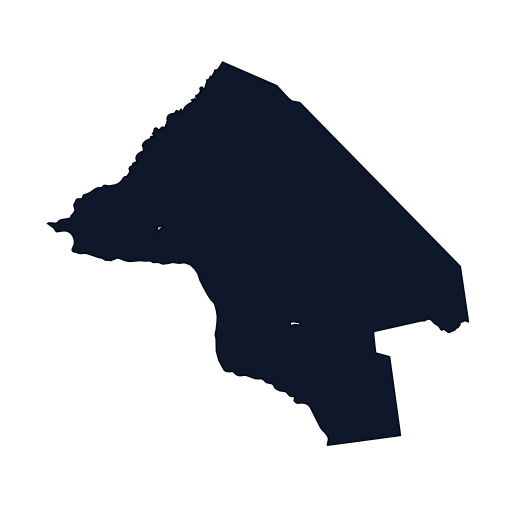 outline of Central, rotated 173°
{"feature_id": "BWA-2630", "entity_name": "Central", "entity_type": "District", "adm_level": 1, "iso_a3": "BWA", "parent_name": "Botswana", "parent_adm1": "", "projection": "albers", "projection_center": [27.183, -21.474], "detail": "fine", "context": "isolated", "style": "filled", "palette": "ink", "viewbox_px": 512, "rotation_deg": 173, "n_neighbors": 0, "source": "natural_earth", "source_scale": "10m", "svg_char_len": 5316}
<svg xmlns="http://www.w3.org/2000/svg" viewBox="0 0 512 512"><g transform="rotate(173 256 256)"><path d="M208.0,59.5L207.8,61.2L206.6,64.2L206.3,65.8L206.6,67.7L207.2,69.2L209.1,72.3L211.4,75.3L213.2,78.8L220.5,99.2L222.4,102.1L225.3,103.9L228.7,104.7L232.7,104.8L233.5,105.2L234.2,105.7L234.8,106.3L235.6,107.4L235.8,108.0L235.2,109.7L234.7,110.7L234.2,110.9L234.2,111.1L235.1,111.7L235.7,111.9L238.0,112.3L239.7,113.2L241.8,116.4L243.2,117.8L244.6,118.3L247.5,119.0L249.0,119.6L252.0,121.5L253.3,122.9L253.9,124.3L254.4,126.1L255.5,127.2L256.9,127.8L260.3,128.8L261.3,129.4L261.6,129.7L262.1,130.3L263.2,131.7L264.3,132.9L265.6,133.5L267.1,133.8L268.9,133.9L271.7,134.4L280.1,138.7L282.8,139.2L285.3,139.1L287.7,139.4L290.2,140.8L290.9,141.6L292.2,143.4L293.0,144.1L293.9,144.4L294.7,144.5L295.4,144.4L296.3,144.4L297.9,144.7L299.4,145.1L300.8,146.0L301.8,147.4L305.6,157.2L306.9,166.5L305.7,178.0L306.0,183.3L304.4,187.8L302.8,194.6L301.8,200.2L301.8,205.8L302.8,213.7L306.0,218.2L308.6,223.3L311.7,231.1L314.4,238.5L315.9,245.8L318.5,250.8L322.2,255.4L327.9,258.2L333.2,258.2L339.4,259.9L344.1,259.4L349.4,259.4L353.5,261.6L359.1,262.2L360.0,263.1L361.0,263.8L362.2,264.2L366.5,264.5L372.0,265.7L380.8,265.9L383.5,266.4L386.5,267.4L392.4,270.6L394.0,271.0L395.3,270.8L396.5,270.3L399.1,269.7L399.8,269.3L400.7,269.2L403.0,269.8L405.2,270.1L406.2,270.4L409.1,272.7L412.4,273.8L423.2,279.0L425.4,279.6L429.9,279.9L432.1,280.5L433.4,281.4L436.3,282.4L437.5,283.3L437.7,284.9L436.7,286.7L435.5,288.6L434.7,290.3L434.3,293.7L434.9,297.1L436.2,300.1L438.4,302.5L441.1,304.0L443.9,304.5L450.8,304.4L451.2,304.7L451.9,305.6L452.3,306.3L452.8,307.9L453.3,308.6L458.8,313.6L457.5,314.1L455.4,313.8L451.4,312.9L449.4,313.1L448.0,314.1L446.8,315.1L445.5,315.6L436.6,316.0L435.9,316.2L434.3,318.3L434.3,318.7L433.2,319.4L431.8,320.8L430.0,323.0L430.5,328.6L430.2,329.6L429.5,330.2L427.7,333.4L426.4,334.4L423.2,334.0L421.6,334.1L420.8,335.1L420.4,336.6L419.4,337.5L417.9,337.9L416.3,338.1L413.1,339.1L407.7,342.0L405.1,342.9L403.2,342.8L401.7,342.6L400.4,342.8L398.9,344.2L397.7,344.6L393.1,343.3L387.0,343.7L384.2,344.4L381.5,345.9L380.4,346.9L377.7,350.0L377.0,350.4L375.2,350.6L374.4,350.8L373.7,351.3L371.4,354.2L371.0,355.0L370.8,356.0L371.0,357.0L371.2,357.6L371.2,358.2L370.6,359.2L369.9,359.9L369.2,360.1L368.5,360.3L367.9,360.6L367.5,361.1L367.1,362.3L366.8,362.8L365.7,363.2L364.1,363.7L362.7,364.4L362.6,365.2L363.2,366.9L362.9,368.7L361.9,370.3L360.8,371.5L359.8,372.1L358.4,372.8L356.9,373.4L355.5,373.6L354.6,374.4L354.6,376.2L355.2,379.6L354.0,381.8L351.5,383.6L348.4,384.8L345.7,385.6L346.1,387.0L345.0,387.4L343.4,387.3L342.6,387.2L342.4,387.8L342.6,388.4L343.0,389.0L343.1,389.4L343.2,389.6L343.6,389.9L343.7,390.3L343.4,390.4L343.3,390.5L342.7,390.9L342.6,391.0L341.5,394.0L341.1,394.8L340.0,395.3L339.0,394.8L337.1,392.6L334.1,395.0L333.3,395.3L332.3,395.0L331.3,394.4L330.4,394.4L329.8,396.6L328.4,398.2L328.1,399.4L328.0,399.8L327.9,400.3L327.6,400.6L327.3,400.7L327.2,401.0L327.3,401.5L327.5,402.1L327.6,402.6L327.2,404.4L326.1,405.9L324.6,406.8L323.1,407.3L320.0,407.4L319.1,407.8L318.4,408.6L317.8,409.5L317.1,410.0L316.0,409.4L316.6,408.3L316.0,408.1L314.9,408.5L314.0,408.9L313.8,409.4L313.1,410.3L312.4,410.7L311.6,408.3L310.5,409.1L308.8,411.9L307.6,413.1L306.3,414.0L303.5,415.4L300.8,416.3L300.0,417.2L301.0,418.7L300.3,419.0L299.7,419.1L299.1,418.8L298.5,418.1L298.4,418.6L297.8,419.3L297.5,419.8L296.9,419.1L296.1,418.7L295.3,418.9L295.0,419.5L295.3,420.5L295.9,421.0L296.3,421.5L296.0,422.5L295.1,421.9L294.3,422.0L293.6,422.6L293.0,423.6L293.5,423.6L292.2,424.5L291.8,425.0L291.5,425.7L291.0,425.4L290.5,425.2L290.7,426.8L291.1,428.2L291.2,429.3L290.1,430.1L288.8,430.1L288.2,429.2L287.8,428.2L287.1,427.9L286.4,428.5L285.1,431.8L283.7,434.3L283.3,435.8L283.5,436.5L283.1,436.6L281.7,436.8L280.8,437.6L279.1,439.9L278.8,439.5L278.3,438.7L278.1,438.3L277.5,439.7L276.8,441.0L275.1,443.2L274.8,443.8L274.4,445.0L274.1,445.4L273.5,445.5L272.2,445.3L271.6,445.4L269.8,447.2L266.4,451.4L266.3,451.5L266.1,452.0L265.8,452.3L265.6,452.5L214.7,422.5L204.7,408.6L201.4,405.3L195.0,403.3L194.0,402.9L193.4,402.3L171.8,374.0L54.5,220.7L53.2,166.4L53.5,164.8L55.4,166.0L56.4,166.3L57.2,166.2L61.8,164.9L62.0,164.5L61.9,164.0L61.8,163.6L61.8,163.3L63.5,161.2L64.0,160.7L64.7,160.4L65.6,160.1L66.4,159.7L67.7,158.5L68.5,158.1L71.3,157.5L72.3,157.1L73.0,156.7L73.7,156.6L74.8,157.1L75.6,157.8L77.6,160.0L79.1,160.5L80.1,159.9L81.0,159.9L83.1,164.0L84.2,165.1L87.1,167.4L89.3,170.5L90.5,171.8L92.3,172.5L93.7,172.3L96.4,171.3L97.9,171.3L99.0,171.4L99.9,171.5L147.5,166.8L148.3,166.5L148.7,165.7L148.8,164.8L149.1,146.3L148.9,145.4L148.5,144.9L136.1,139.8L136.0,139.7L135.7,139.4L134.5,60.3L135.2,60.3L208.0,59.5L208.0,59.5ZM225.9,183.2L222.0,182.3L220.8,182.2L220.3,184.0L222.3,185.0L226.3,186.1L230.1,186.4L230.4,183.3L228.7,182.7L227.0,183.0L225.9,183.2ZM348.1,297.4L348.7,297.2L349.3,296.8L350.3,296.4L350.6,295.7L350.7,295.0L351.0,294.6L350.8,294.3L350.1,293.9L350.2,293.1L350.3,292.6L350.0,291.8L349.7,291.4L349.0,291.7L348.6,292.4L348.6,293.0L348.0,293.6L348.0,294.4L347.2,294.7L346.8,294.8L346.3,294.6L345.4,295.0L345.4,295.3L345.6,295.6L345.7,296.0L345.5,296.5L345.5,297.1L345.6,297.5L346.4,297.3L347.0,296.8L347.6,296.9L348.1,297.4Z" fill="#0f172a" stroke="#020617" stroke-width="1.5"/></g></svg>